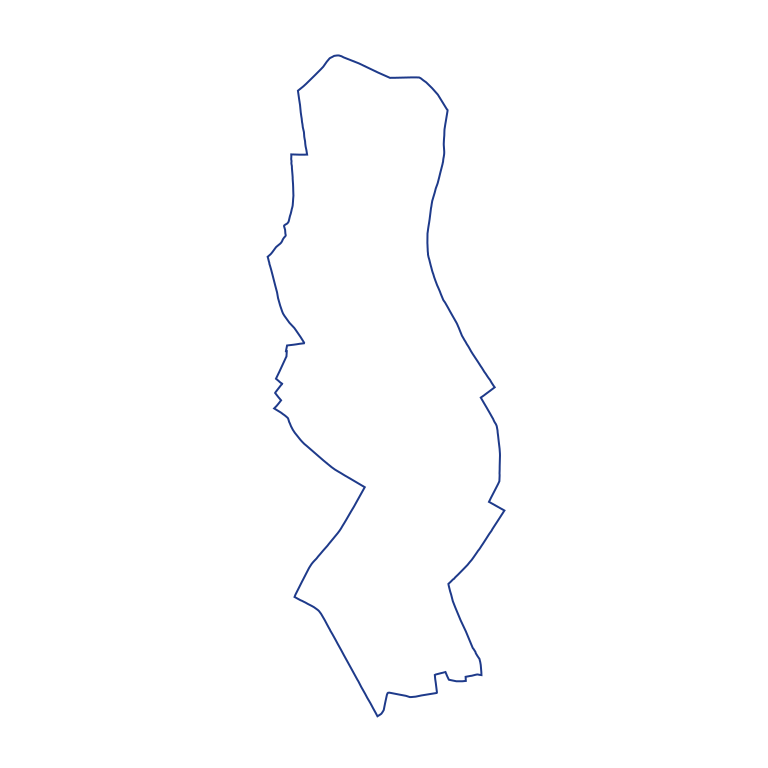 outline of Sai Noi, Nonthaburi, Thailand, rotated 356°
{"feature_id": "78962969B41113912709899", "entity_name": "Sai Noi", "entity_type": "district", "adm_level": 2, "iso_a3": "THA", "parent_name": "Thailand", "parent_adm1": "Nonthaburi", "projection": "mercator", "projection_center": [100.322, 14.005], "detail": "fine", "context": "isolated", "style": "outline", "palette": "blue", "viewbox_px": 768, "rotation_deg": 356, "n_neighbors": 0, "source": "geoboundaries", "source_scale": "gbopen_adm2", "svg_char_len": 6073}
<svg xmlns="http://www.w3.org/2000/svg" viewBox="0 0 768 768"><g transform="rotate(356 384 384)"><path d="M494.2,395.0L493.3,393.6L491.3,390.0L490.4,388.1L489.9,387.1L489.2,386.1L488.7,385.3L487.8,383.8L486.2,380.9L485.0,379.0L482.7,374.6L481.8,373.1L479.4,368.7L474.7,360.4L473.1,357.4L472.1,355.2L470.8,352.5L469.4,350.0L468.1,347.2L467.4,346.0L466.9,344.9L465.6,342.2L465.1,341.2L464.5,339.3L464.1,338.1L463.8,337.2L462.6,333.4L461.9,331.5L461.3,329.7L460.6,328.0L456.9,320.3L454.9,316.1L453.4,312.8L451.0,307.8L450.5,306.8L449.2,304.7L448.9,304.0L448.5,302.8L446.9,298.0L446.2,295.6L444.8,291.6L443.9,289.2L442.5,284.5L441.5,280.9L440.8,277.7L440.4,276.4L439.9,274.3L439.3,271.0L438.9,269.1L438.1,264.6L437.9,263.3L437.4,261.1L437.2,260.1L437.1,259.0L436.9,258.1L437.0,257.2L436.9,254.4L437.0,252.2L437.0,251.6L437.0,250.9L437.1,248.0L437.1,246.6L437.2,245.3L437.9,236.8L438.2,235.5L438.8,232.5L439.3,230.2L440.3,226.0L441.0,222.8L442.5,215.2L443.2,211.6L443.5,210.7L444.2,207.5L444.9,204.7L447.9,196.7L449.3,192.5L451.1,188.5L451.6,187.3L453.5,181.6L454.8,177.5L457.7,168.8L458.1,167.3L458.4,166.5L458.7,164.6L459.1,162.8L459.4,161.8L459.8,160.0L460.0,159.1L460.2,157.7L460.3,156.0L460.3,149.6L460.4,148.2L460.9,144.1L461.5,140.1L461.8,136.9L462.1,134.3L463.4,128.6L463.9,126.6L466.5,115.7L466.5,115.3L466.3,114.7L465.9,114.4L457.9,99.1L452.6,92.2L447.1,86.0L444.4,83.8L442.0,81.6L440.5,80.7L439.8,80.6L433.5,80.1L416.3,79.3L411.3,79.0L399.8,72.9L381.3,62.4L366.4,55.3L364.5,54.1L361.9,53.1L360.1,53.0L358.6,53.1L357.2,53.2L356.1,53.7L355.3,54.1L354.2,54.5L352.5,55.3L349.4,58.5L345.5,63.3L343.1,65.5L336.8,71.0L327.3,79.1L324.4,81.4L322.4,82.8L318.6,85.4L319.2,93.9L319.4,96.3L319.7,99.8L319.9,107.3L320.2,111.4L320.3,112.4L320.4,113.5L320.5,116.9L320.7,118.5L320.8,119.6L320.9,122.1L321.7,127.2L321.7,130.6L321.7,131.8L321.9,133.9L322.2,136.4L322.2,138.1L322.2,138.9L322.4,141.8L322.9,145.2L323.3,149.8L319.7,149.6L315.4,149.3L307.5,148.5L307.4,150.9L307.2,152.3L307.1,153.3L307.3,155.2L307.2,155.8L307.0,157.4L307.1,158.7L307.3,160.1L307.2,162.3L307.3,169.3L307.3,171.7L307.2,172.8L307.2,175.2L307.2,178.4L307.1,181.7L307.0,183.7L306.8,189.1L306.8,189.7L306.2,193.6L305.9,196.0L305.7,197.2L305.6,198.0L305.3,199.8L304.8,201.5L304.2,203.1L303.7,204.9L302.8,207.7L301.9,209.9L300.4,214.7L300.1,215.5L299.3,216.5L298.7,217.1L298.2,217.4L297.8,217.6L296.7,218.1L296.1,218.5L295.5,218.9L295.4,219.1L295.4,219.3L295.3,219.7L295.6,221.0L295.8,222.0L296.0,222.8L296.1,223.3L296.1,227.0L296.3,228.3L296.3,229.0L296.1,229.4L295.6,230.0L294.9,230.6L294.4,231.1L293.4,232.4L293.1,232.8L293.0,233.0L292.6,233.9L291.4,235.7L290.2,236.8L288.2,238.2L286.0,239.8L285.1,240.8L281.8,244.7L280.5,246.1L279.6,246.9L276.8,249.0L277.1,250.2L277.7,253.7L278.0,254.9L278.1,256.4L278.5,257.9L279.4,262.1L280.4,267.4L282.5,278.9L283.7,285.1L284.3,290.9L285.9,298.6L287.5,304.6L288.2,306.7L289.4,309.0L293.9,316.3L296.6,319.6L298.4,321.8L300.1,324.6L304.1,331.4L307.2,337.2L307.1,337.5L307.0,337.8L302.7,338.0L299.5,338.3L296.6,338.5L290.0,338.8L288.9,342.8L288.4,344.6L288.5,344.7L289.3,344.6L288.6,349.8L288.5,350.0L288.3,350.2L280.5,364.4L276.6,371.2L279.0,373.5L280.5,375.1L282.4,376.6L282.1,377.2L281.4,377.7L274.9,385.0L274.8,385.4L277.7,389.7L280.2,393.1L277.5,396.1L275.3,398.4L272.7,400.7L277.2,403.9L278.9,405.1L280.0,406.0L281.1,407.0L282.5,408.1L283.8,409.3L285.3,410.8L285.9,411.6L286.0,412.0L286.4,413.7L286.8,415.4L287.3,416.6L288.3,419.7L289.4,422.2L289.8,423.2L291.6,426.4L294.3,430.3L295.8,432.5L297.0,434.2L298.5,436.1L300.3,438.2L302.6,440.4L304.2,442.0L305.1,442.9L307.0,444.8L313.3,451.1L314.6,452.4L318.1,455.9L322.3,459.9L325.8,463.2L329.3,466.1L329.6,466.3L332.9,468.6L334.4,469.6L338.3,472.4L344.1,476.3L357.6,485.6L348.6,499.4L345.5,504.2L342.2,508.9L339.5,512.9L336.8,516.9L334.5,520.2L332.7,522.7L331.0,525.2L329.3,527.4L327.4,529.6L325.3,531.8L317.9,539.6L316.4,541.3L311.7,545.9L308.6,549.1L306.3,551.4L304.6,553.3L303.3,554.5L302.7,555.0L300.8,556.8L299.3,558.4L298.0,560.1L296.4,562.3L295.6,563.6L293.9,566.4L292.2,569.2L289.3,574.0L288.6,575.1L285.7,580.0L281.0,587.9L279.9,590.2L285.5,593.8L287.1,594.6L288.9,595.7L290.3,596.5L292.7,598.1L296.2,600.2L298.5,601.7L301.4,604.1L302.2,604.8L302.9,605.5L303.4,606.1L305.2,608.9L308.5,615.6L310.4,619.9L311.8,623.0L312.9,625.3L313.4,626.6L315.1,630.0L317.9,636.0L319.6,639.8L322.6,646.2L325.2,652.0L328.6,659.3L336.9,677.3L337.6,678.6L340.2,684.7L343.6,691.8L345.5,696.1L348.1,701.3L350.5,706.7L352.7,711.4L354.3,715.0L356.6,713.8L357.8,713.1L358.4,712.7L360.0,710.7L361.0,709.2L362.8,702.6L365.2,694.3L366.0,692.7L366.6,692.3L367.9,692.3L377.6,694.9L384.1,696.6L387.9,698.1L388.9,698.2L393.8,698.1L399.6,697.3L415.0,695.9L415.3,695.3L414.8,685.9L414.5,682.0L414.4,677.8L415.4,677.4L425.2,675.6L426.7,680.0L428.0,683.3L428.1,683.5L428.3,683.6L435.5,685.6L441.7,686.0L444.9,685.9L445.0,681.8L449.3,681.3L450.2,681.2L450.5,681.2L451.0,681.2L454.8,680.5L456.3,680.3L456.9,680.3L457.3,680.3L458.6,680.7L460.9,681.2L461.0,678.3L460.9,671.0L460.6,668.1L460.2,665.9L460.1,665.0L458.5,662.3L456.8,659.0L456.5,657.6L454.7,654.3L454.2,653.7L454.0,653.2L448.4,636.5L444.0,625.2L439.4,611.5L437.5,605.4L436.3,598.8L435.5,595.4L434.5,589.7L434.3,587.9L436.9,585.8L438.9,584.0L439.3,583.7L440.1,583.3L440.4,583.1L440.8,582.7L441.0,582.3L444.6,579.3L451.7,573.0L454.7,570.3L457.0,567.8L459.2,565.6L461.2,563.2L465.3,558.1L465.8,557.4L466.3,556.8L467.0,556.1L468.1,554.8L469.3,553.2L470.1,552.1L471.3,550.6L473.7,547.4L478.6,540.8L481.0,537.9L482.1,536.2L485.1,532.2L487.6,528.9L495.3,518.6L480.5,508.9L482.7,505.1L487.4,497.4L490.9,491.6L492.0,489.6L492.3,489.1L492.5,487.4L492.9,483.9L493.0,482.7L493.0,481.2L493.2,479.4L493.3,478.4L493.4,477.5L493.6,474.9L493.8,472.7L494.7,463.5L494.8,461.6L494.8,456.7L494.4,448.6L494.2,443.5L494.0,440.4L494.0,438.2L493.6,434.8L493.5,433.9L493.2,432.9L492.8,431.8L491.8,430.0L491.3,428.9L490.9,427.9L490.4,426.4L489.6,424.8L488.0,421.4L486.8,418.9L485.8,416.9L484.9,415.0L482.4,410.0L479.6,404.3L482.0,402.9L492.7,396.0L494.2,395.0Z" fill="none" stroke="#1e3a8a" stroke-width="2"/></g></svg>